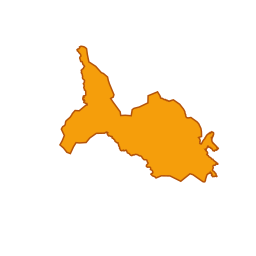 Bu'rentogtox, Hövsgöl, Mongolia, rotated 231°
{"feature_id": "93677404B18763556334641", "entity_name": "Bu'rentogtox", "entity_type": "district", "adm_level": 2, "iso_a3": "MNG", "parent_name": "Mongolia", "parent_adm1": "Hövsgöl", "projection": "mercator", "projection_center": [99.405, 49.514], "detail": "fine", "context": "isolated", "style": "filled", "palette": "amber", "viewbox_px": 256, "rotation_deg": 231, "n_neighbors": 0, "source": "geoboundaries", "source_scale": "gbopen_adm2", "svg_char_len": 5740}
<svg xmlns="http://www.w3.org/2000/svg" viewBox="0 0 256 256"><g transform="rotate(231 128 128)"><path d="M144.4,67.1L147.7,73.8L149.3,78.4L147.0,80.8L143.1,86.3L144.3,92.0L143.8,100.0L138.7,106.6L138.5,108.5L138.2,108.6L138.0,109.0L137.2,109.4L137.0,109.0L137.1,108.6L136.9,108.3L136.3,108.1L135.8,108.3L135.2,107.9L134.6,107.9L134.0,108.0L134.0,108.5L132.3,109.3L132.0,109.6L131.7,110.1L131.2,110.2L130.7,109.6L130.3,109.4L130.0,109.4L129.1,110.0L128.2,109.9L127.1,110.1L126.6,110.0L126.0,109.6L125.6,109.6L123.4,110.2L123.3,110.5L122.8,110.9L122.2,110.5L121.2,110.3L120.1,109.6L118.4,109.4L117.3,108.5L116.2,108.6L115.6,108.2L115.3,108.2L114.2,108.8L113.6,110.6L113.4,110.7L113.0,110.4L112.4,111.1L112.2,111.6L112.2,112.3L112.0,112.6L111.5,112.6L110.6,112.4L109.1,111.9L107.4,112.8L105.6,112.9L105.0,113.0L104.1,113.6L104.0,115.1L103.7,115.4L103.3,115.5L102.8,117.3L102.0,118.0L101.5,118.5L99.6,119.2L98.9,119.6L98.5,120.2L97.3,120.6L95.5,120.3L93.3,120.5L93.0,120.8L92.1,121.9L91.0,122.4L90.5,122.2L89.7,121.7L88.8,121.7L88.1,121.6L87.8,121.1L87.5,119.0L87.2,118.7L86.5,118.1L85.3,118.5L83.9,120.3L83.2,120.6L82.3,120.2L81.6,119.3L80.6,119.8L79.8,120.1L79.2,120.0L78.0,119.5L77.7,119.1L77.4,118.5L77.8,117.8L77.8,116.9L77.7,116.7L75.6,116.9L74.8,117.2L74.4,117.6L72.8,118.3L71.8,118.2L71.5,118.4L69.9,123.8L64.3,130.5L53.4,135.5L53.4,147.4L50.8,149.1L39.2,152.4L38.3,153.1L37.9,153.8L38.1,154.3L38.4,155.0L39.5,156.2L41.9,159.8L41.9,161.1L42.1,161.7L41.7,162.4L41.6,163.3L41.9,164.0L40.9,163.7L40.6,163.9L41.0,164.1L40.5,164.5L39.8,164.1L39.4,164.2L39.2,164.2L39.0,163.9L39.2,163.6L38.6,163.1L36.9,163.3L37.0,163.5L36.5,164.0L36.4,164.3L35.9,164.6L35.8,165.0L35.4,165.7L35.1,166.0L34.6,166.2L34.5,166.4L34.6,166.8L35.5,166.7L37.4,167.6L38.2,167.3L38.9,167.5L40.2,167.4L41.4,167.0L42.2,167.2L42.9,168.2L43.4,169.2L44.6,169.7L45.0,170.2L45.1,170.7L44.9,171.6L44.3,172.0L44.3,172.9L44.8,173.9L44.4,174.2L44.1,174.4L43.8,174.4L43.4,174.9L43.7,175.2L44.0,175.4L44.4,175.3L44.9,174.7L45.9,174.9L48.1,174.3L49.4,174.1L50.2,174.3L50.7,174.0L51.1,173.5L52.9,173.6L54.6,172.8L56.1,173.0L57.1,172.6L58.0,172.7L58.0,172.9L57.8,173.1L57.9,173.4L58.2,173.9L59.0,174.4L60.0,174.5L61.1,174.3L62.1,174.4L61.7,174.6L61.6,174.8L61.9,175.0L62.4,175.7L62.7,175.6L62.8,177.5L63.7,178.3L63.7,178.6L63.2,179.0L62.4,178.8L61.9,178.9L61.1,179.7L60.1,179.6L59.5,180.1L56.8,179.8L56.4,180.1L56.2,180.5L55.7,180.7L56.0,181.7L55.9,182.0L55.5,182.4L55.5,182.7L55.3,182.7L55.3,182.9L55.1,182.9L55.0,183.2L55.2,183.7L55.1,184.3L55.3,184.8L55.2,185.2L55.5,185.3L55.8,185.1L56.0,185.2L56.1,184.7L56.4,185.0L57.1,184.8L57.7,185.3L58.7,185.0L59.5,185.1L61.2,184.7L61.5,184.9L62.1,184.8L62.8,184.5L63.3,184.8L63.5,184.6L64.7,184.8L65.2,185.1L65.6,185.3L65.7,185.5L66.2,185.6L66.5,185.8L66.5,185.6L66.6,186.2L67.0,186.2L67.0,186.5L67.3,186.8L67.3,187.0L67.6,187.0L67.4,187.2L67.4,187.3L67.7,187.2L68.0,187.5L68.2,188.6L68.3,188.7L68.2,189.1L68.6,189.3L68.6,189.6L69.0,190.1L69.0,190.3L70.1,191.3L70.7,191.5L71.1,191.2L71.3,191.2L71.8,191.0L71.8,190.7L72.0,190.3L72.3,190.3L72.2,190.1L72.4,190.0L72.2,189.7L72.3,189.3L72.5,189.1L72.2,189.0L72.2,188.7L72.4,188.7L72.6,188.4L72.3,188.4L72.2,188.2L72.7,187.8L73.0,185.9L72.9,184.9L72.5,183.5L72.1,182.7L72.0,181.8L71.4,181.2L71.3,179.9L70.8,178.1L69.5,175.1L69.5,174.9L70.3,174.2L71.0,174.2L71.1,174.6L72.2,175.2L72.4,175.9L73.3,176.5L73.8,176.5L74.6,176.9L76.2,176.9L75.1,179.8L79.0,182.8L81.8,184.4L86.8,185.6L89.3,185.5L96.6,183.5L98.0,181.0L99.0,180.2L99.9,180.1L101.1,180.4L101.7,181.0L102.1,181.2L103.4,181.5L105.1,182.5L107.8,183.0L113.9,183.1L121.3,181.0L121.5,180.7L121.5,180.4L122.0,179.6L122.1,178.8L122.6,178.1L122.5,177.7L122.8,177.4L122.8,176.8L123.1,176.6L123.5,176.5L123.5,176.3L123.8,176.2L124.5,176.1L124.6,175.8L124.8,175.6L125.0,175.6L125.0,175.4L125.6,175.3L125.9,175.1L126.2,175.1L126.2,174.9L126.7,174.8L127.0,174.6L127.1,174.2L127.8,173.7L128.2,173.7L129.3,173.4L130.4,172.3L130.8,172.2L131.4,172.5L131.5,172.7L131.9,172.8L132.1,172.7L133.0,173.1L137.5,173.7L140.4,163.9L135.0,159.3L137.2,150.0L139.5,145.0L139.6,142.8L135.5,138.2L139.6,133.9L142.3,130.2L145.5,132.1L157.6,132.7L161.9,133.1L161.3,135.9L162.7,138.0L173.9,141.3L177.6,142.7L180.5,144.2L185.8,143.2L187.8,142.1L196.2,141.7L204.0,139.2L210.6,142.6L215.7,145.7L217.1,145.5L218.4,145.1L219.5,144.4L221.2,142.9L221.2,142.1L221.5,141.6L221.5,141.3L220.9,141.1L220.7,140.8L220.5,139.7L220.6,139.4L221.0,138.5L220.9,137.6L220.1,137.5L219.9,137.2L218.8,137.5L217.3,137.3L215.6,137.5L214.6,137.3L213.5,136.7L213.5,135.8L213.1,134.9L212.8,134.5L210.9,133.8L209.7,133.2L209.2,133.2L208.7,133.9L208.3,134.0L205.7,133.0L204.2,133.2L203.3,133.0L203.0,131.8L202.4,130.8L202.4,130.2L202.5,129.5L202.3,129.0L202.3,128.0L200.7,127.2L200.5,126.7L200.4,126.5L200.0,126.4L199.0,126.4L196.5,125.1L195.9,124.4L195.2,124.0L194.4,123.9L192.7,124.2L192.0,124.0L191.5,123.2L190.8,122.7L190.7,121.4L190.5,121.1L189.7,121.1L189.2,121.0L187.7,120.0L187.6,119.3L186.6,118.8L186.2,118.8L185.7,118.5L185.4,118.6L184.9,118.1L183.9,118.5L183.6,118.4L182.5,117.8L181.8,117.1L180.3,116.1L180.2,115.8L180.2,115.0L180.9,113.6L180.8,113.2L180.7,113.1L180.1,113.3L179.5,113.1L179.5,112.8L179.9,112.6L179.9,112.0L179.2,111.3L178.5,110.9L178.2,111.0L177.9,111.4L177.7,110.8L177.2,110.8L176.9,111.0L176.6,111.5L176.4,111.5L176.3,111.4L176.2,110.7L176.0,110.2L175.8,109.8L175.4,109.8L174.9,110.2L173.5,110.7L172.9,111.4L172.2,110.9L171.9,110.9L171.4,111.4L172.2,109.4L172.1,100.9L174.9,97.9L174.2,93.8L173.6,92.6L172.8,89.9L172.7,88.9L172.7,87.2L172.6,86.5L172.6,84.6L172.0,83.3L170.2,81.4L169.8,80.1L170.0,79.2L170.1,78.1L169.6,76.6L169.3,76.2L169.1,75.5L162.2,73.8L159.4,68.7L157.7,64.5L153.0,65.3L147.6,65.2L144.4,67.1Z" fill="#f59e0b" stroke="#b45309" stroke-width="1.5"/></g></svg>